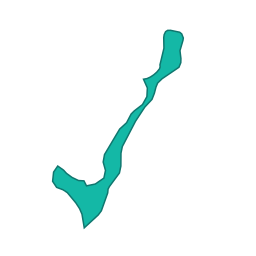 an SVG outline of Cat Island, rotated 62°
{"feature_id": "BHS-5030", "entity_name": "Cat Island", "entity_type": "District", "adm_level": 1, "iso_a3": "BHS", "parent_name": "The Bahamas", "parent_adm1": "", "projection": "albers", "projection_center": [-75.539, 24.414], "detail": "fine", "context": "isolated", "style": "filled", "palette": "teal", "viewbox_px": 256, "rotation_deg": 62, "n_neighbors": 0, "source": "natural_earth", "source_scale": "10m", "svg_char_len": 923}
<svg xmlns="http://www.w3.org/2000/svg" viewBox="0 0 256 256"><g transform="rotate(62 128 128)"><path d="M188.6,190.4L190.8,195.1L195.6,213.5L182.5,209.1L176.5,208.6L169.7,209.2L156.6,211.9L152.0,214.4L146.9,218.9L139.7,219.6L132.0,214.4L128.6,207.9L134.9,204.7L139.2,203.6L145.4,200.6L151.1,196.4L154.0,191.7L159.6,191.8L162.1,183.2L160.9,172.8L154.9,167.8L146.4,165.9L140.4,161.2L125.0,135.8L122.7,126.8L117.1,118.6L115.8,114.3L114.1,104.2L109.2,96.6L101.7,92.1L92.2,91.4L93.3,88.0L93.5,84.2L93.1,80.2L92.2,76.4L90.6,72.5L89.2,71.0L87.2,70.1L74.4,58.8L65.1,54.1L62.6,52.3L60.6,49.6L60.4,47.2L61.7,44.6L67.7,37.4L70.1,36.4L74.5,36.9L76.4,38.3L84.1,45.8L91.6,48.7L95.1,50.7L98.3,54.5L100.5,74.8L102.2,80.7L105.0,84.1L109.7,88.4L114.0,93.4L117.4,103.3L125.5,118.1L141.7,141.7L146.9,146.0L158.3,152.2L163.7,156.7L170.9,171.8L172.6,174.3L175.8,176.4L188.6,190.4Z" fill="#14b8a6" stroke="#0f766e" stroke-width="1.5"/></g></svg>